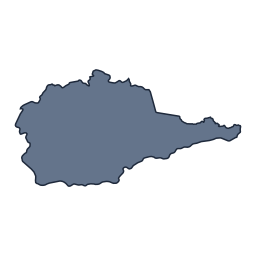 an SVG outline of Yevrey
{"feature_id": "RUS-2613", "entity_name": "Yevrey", "entity_type": "Autonomous Region", "adm_level": 1, "iso_a3": "RUS", "parent_name": "Russia", "parent_adm1": "", "projection": "robinson", "projection_center": [132.69, 48.574], "detail": "fine", "context": "isolated", "style": "filled", "palette": "slate", "viewbox_px": 256, "rotation_deg": 0, "n_neighbors": 0, "source": "natural_earth", "source_scale": "10m", "svg_char_len": 5740}
<svg xmlns="http://www.w3.org/2000/svg" viewBox="0 0 256 256"><path d="M20.8,134.2L20.2,133.8L19.6,132.2L19.5,131.5L19.6,130.8L19.9,129.6L19.9,128.8L19.3,127.8L18.2,127.4L17.0,127.1L15.9,126.4L15.4,125.3L15.6,124.0L20.4,113.8L22.4,110.9L22.9,109.9L22.8,109.1L21.6,108.7L20.4,108.8L20.7,107.7L21.2,107.1L22.8,105.7L24.3,104.8L30.7,101.9L31.3,101.7L32.1,101.7L32.6,101.7L33.0,101.9L34.4,102.6L35.3,102.9L36.6,103.0L37.6,103.0L38.1,102.8L38.5,102.6L38.7,102.2L40.0,99.9L40.3,99.1L40.3,98.7L40.2,98.4L39.7,97.6L39.8,97.2L39.9,96.7L40.4,96.1L40.8,95.8L41.3,95.5L41.6,95.2L42.1,94.6L42.8,93.2L43.0,92.8L45.6,90.0L46.0,89.3L46.2,88.9L46.6,87.3L47.1,86.3L47.7,85.5L48.2,85.1L48.7,84.9L50.3,84.7L50.7,84.7L51.7,84.2L52.0,84.1L52.4,84.2L52.6,84.4L52.9,84.9L53.3,85.0L54.0,85.0L54.4,85.5L54.6,85.7L55.0,85.7L56.6,85.1L57.3,84.9L58.6,84.9L59.1,85.0L59.4,85.3L60.0,85.7L60.6,86.1L62.0,87.6L62.3,87.7L62.8,87.7L63.5,87.4L64.3,86.9L64.9,86.4L66.0,85.6L68.6,84.3L68.9,84.1L69.4,83.0L69.6,82.8L70.0,82.6L70.3,82.5L78.1,81.1L78.4,80.8L78.9,80.3L79.2,80.1L79.7,80.1L80.5,80.3L80.9,80.5L81.2,80.8L82.3,82.4L82.8,82.9L83.1,83.1L83.4,83.2L83.9,83.3L85.2,83.4L85.6,83.5L85.9,83.7L86.5,84.5L88.4,85.8L88.8,85.8L89.1,85.8L89.3,85.4L89.3,85.1L89.1,84.1L88.9,83.5L88.4,82.6L88.2,82.0L88.1,81.4L88.2,81.0L88.4,80.8L88.7,80.5L89.5,80.0L89.9,79.6L90.1,78.9L90.1,78.2L90.0,77.5L89.8,77.0L90.0,76.8L93.1,76.2L93.5,76.0L93.6,75.7L92.3,74.2L92.3,73.9L92.7,72.9L93.1,71.4L93.3,71.1L95.9,69.9L96.8,70.0L98.3,70.3L101.6,71.4L103.8,72.5L104.3,73.3L104.8,73.7L108.7,75.0L109.4,75.4L109.8,75.8L110.1,77.1L110.1,77.8L110.0,78.2L109.9,78.5L109.7,78.9L108.5,80.3L108.4,80.6L108.3,80.9L108.4,81.2L108.5,81.5L109.1,82.0L109.5,82.2L110.1,82.3L111.8,82.6L112.8,82.8L114.6,83.0L115.1,82.9L115.7,82.7L117.9,81.4L118.5,81.0L118.8,80.8L119.2,80.6L119.9,80.8L120.4,80.9L120.7,81.2L121.4,81.9L122.0,82.3L122.5,82.4L123.4,82.2L126.6,80.7L128.6,78.6L129.2,79.8L129.3,81.2L130.4,83.2L130.7,83.8L130.7,84.1L130.6,85.3L130.6,85.6L130.9,85.9L131.4,86.0L131.8,86.0L132.7,85.9L134.8,85.2L135.3,85.2L136.0,85.4L137.3,86.1L138.6,86.6L140.5,86.6L141.8,86.9L142.4,87.2L143.1,87.7L144.2,88.8L144.8,89.3L145.4,89.6L145.8,89.7L148.9,89.7L150.3,91.8L153.3,102.6L155.8,111.9L156.4,112.4L157.5,112.7L179.1,116.2L179.6,116.6L179.8,116.9L179.8,117.5L179.8,117.8L180.0,118.4L180.2,118.9L181.1,119.7L181.3,119.9L181.5,120.5L181.8,121.0L184.1,122.5L184.5,122.7L185.8,123.1L186.3,123.5L186.8,123.7L187.4,123.8L188.7,123.8L189.9,123.9L192.4,123.9L192.7,123.9L193.4,124.3L195.0,124.1L196.1,124.2L196.3,124.1L196.6,123.7L197.1,123.4L198.5,123.1L199.5,123.0L199.9,122.9L200.4,122.7L201.3,121.7L201.5,121.5L201.9,121.4L202.5,121.4L202.9,121.6L203.1,121.8L203.4,122.1L203.5,122.2L203.8,122.1L204.3,120.9L204.4,120.6L204.1,120.0L204.0,119.7L204.1,119.3L204.3,119.0L204.8,118.5L205.2,118.4L205.6,118.3L206.3,118.3L207.5,118.1L210.5,117.2L211.1,118.2L211.3,118.4L211.8,118.5L212.3,118.5L212.7,118.8L213.1,119.7L213.3,120.7L213.5,121.0L215.3,122.8L215.4,123.0L215.2,123.2L215.2,123.4L215.3,123.6L215.8,123.6L217.0,123.3L217.4,123.4L218.3,124.2L218.9,124.6L219.1,124.9L219.1,125.2L218.7,125.8L218.6,126.1L218.8,126.3L219.1,126.5L222.6,126.2L223.4,125.9L223.8,125.5L224.1,125.4L224.4,125.5L224.8,125.9L225.3,126.8L226.0,127.6L226.8,128.0L227.4,128.2L228.5,128.3L229.7,127.8L230.8,127.6L231.7,127.0L232.7,126.7L233.0,126.6L233.3,126.3L233.8,125.2L234.0,124.9L234.3,124.7L234.7,124.6L235.1,124.7L235.5,124.8L236.4,125.3L236.8,125.4L237.1,125.4L238.2,125.0L238.5,125.0L239.3,125.6L239.9,125.7L240.2,125.7L240.4,126.0L240.6,126.7L240.3,128.4L240.2,129.8L240.4,131.8L240.3,132.0L240.2,132.3L238.2,134.0L237.5,134.9L236.7,137.3L235.6,137.5L229.8,140.8L228.9,140.9L228.0,140.8L221.1,138.0L220.2,137.9L216.4,138.2L216.0,138.3L213.5,139.4L209.4,140.5L201.3,141.6L196.8,143.2L193.8,143.7L192.9,144.0L192.1,144.5L190.0,146.4L189.2,146.8L187.7,147.2L184.7,147.0L184.2,147.1L183.3,147.4L181.5,148.3L180.6,148.6L177.6,148.6L176.8,149.0L176.1,149.8L175.0,151.7L174.2,152.5L173.4,152.9L171.8,153.3L171.0,153.6L170.4,154.1L169.9,154.7L169.6,155.3L169.3,156.1L168.7,157.4L167.9,158.1L166.9,158.5L163.8,158.9L163.1,158.8L161.2,158.0L160.4,157.8L159.5,157.8L156.7,158.2L155.6,158.1L155.0,157.9L154.1,157.2L153.6,157.0L151.6,156.5L149.7,156.6L144.9,157.8L144.1,158.1L143.4,158.7L142.9,159.6L142.5,160.4L141.9,161.0L141.5,161.2L137.3,162.9L137.2,163.1L133.4,165.5L132.9,166.1L131.8,167.7L131.2,168.3L130.4,168.6L129.6,168.9L128.9,168.8L128.2,168.4L127.0,167.5L126.2,167.2L125.3,167.1L124.5,167.3L123.8,167.7L123.4,168.1L123.2,168.5L123.0,169.0L123.1,169.5L123.6,170.8L123.6,171.3L123.4,172.1L123.0,172.9L120.4,175.6L119.0,177.3L118.8,177.7L118.6,178.1L118.6,178.5L119.0,179.6L119.1,180.1L119.0,180.6L118.7,181.2L117.8,182.2L117.3,182.6L116.7,183.0L116.1,183.2L113.7,183.3L112.5,183.0L109.8,181.8L108.1,181.5L106.4,181.4L102.9,181.9L102.2,182.1L99.7,183.7L99.1,184.0L97.7,184.3L95.4,184.4L94.0,184.0L90.8,183.8L87.8,184.3L87.3,184.5L86.0,185.5L85.6,185.7L85.1,185.8L84.6,185.7L84.1,185.6L82.6,184.9L82.1,184.7L81.1,184.7L79.2,185.0L78.3,185.0L74.4,184.0L73.4,184.1L70.7,185.8L70.2,186.0L69.7,186.1L68.8,186.1L68.3,186.0L68.0,185.7L66.0,183.5L64.4,182.3L62.8,181.5L61.1,181.1L59.9,181.0L49.3,183.1L47.1,183.9L45.2,184.9L43.9,185.2L42.9,185.3L40.9,185.2L39.8,184.8L37.8,183.7L36.9,183.5L35.7,182.6L35.5,180.4L35.7,178.0L35.7,176.0L34.0,172.0L31.5,169.2L22.7,161.4L22.3,160.5L22.1,159.1L21.8,158.1L21.8,157.2L22.4,155.9L24.0,154.2L25.2,153.2L26.0,152.8L26.4,152.5L26.9,150.2L27.2,149.5L27.5,149.0L29.8,146.6L30.0,145.8L30.1,144.3L30.0,143.3L29.6,142.9L29.0,142.7L28.4,142.4L27.8,141.9L27.5,141.4L27.0,140.2L26.0,138.3L25.8,137.2L26.2,136.0L26.9,134.7L26.9,133.6L26.1,132.9L24.7,132.8L20.8,134.2Z" fill="#64748b" stroke="#1e293b" stroke-width="1.5"/></svg>